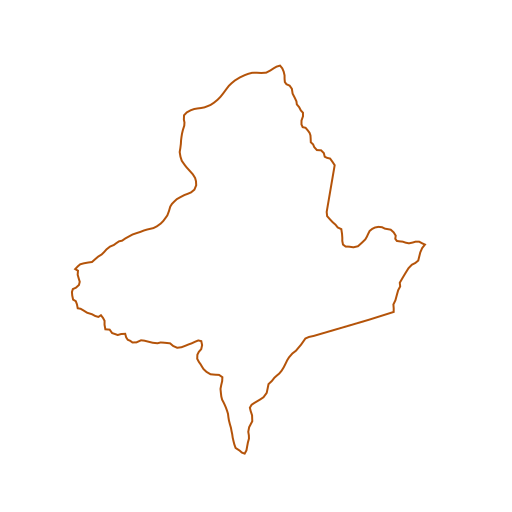 the district of Mirabela, Minas Gerais, Brazil, rotated 32°
{"feature_id": "56859067B89998695368113", "entity_name": "Mirabela", "entity_type": "district", "adm_level": 2, "iso_a3": "BRA", "parent_name": "Brazil", "parent_adm1": "Minas Gerais", "projection": "natural_earth1", "projection_center": [-44.162, -16.258], "detail": "fine", "context": "isolated", "style": "outline", "palette": "amber", "viewbox_px": 512, "rotation_deg": 32, "n_neighbors": 0, "source": "geoboundaries", "source_scale": "gbopen_adm2", "svg_char_len": 3846}
<svg xmlns="http://www.w3.org/2000/svg" viewBox="0 0 512 512"><g transform="rotate(32 256 256)"><path d="M109.6,362.9L112.8,362.8L114.7,366.4L117.8,369.2L120.2,371.3L121.2,374.4L120.1,378.3L118.2,381.1L119.0,384.1L121.1,386.9L124.0,389.9L127.1,389.8L129.8,391.9L132.5,394.8L135.2,393.7L138.4,393.6L142.9,393.6L147.8,392.3L151.4,392.1L154.6,391.2L155.9,388.4L159.1,389.6L161.9,391.2L164.0,394.6L167.1,398.0L170.9,396.0L174.8,397.6L177.8,396.9L180.6,396.3L182.9,393.7L186.3,391.3L189.0,393.8L191.6,395.0L194.2,394.6L197.0,394.8L200.3,392.7L203.2,388.4L206.1,387.0L209.5,385.9L214.4,384.3L218.7,382.2L220.9,379.9L223.3,378.6L226.1,377.2L229.4,375.6L233.4,376.2L237.8,375.6L241.2,372.8L243.7,369.5L245.7,366.7L247.7,364.2L249.9,360.8L251.8,358.2L254.7,357.2L257.5,360.1L258.9,364.0L258.3,367.6L258.6,370.8L260.6,374.3L263.7,376.1L266.4,377.2L268.9,378.5L271.4,379.7L275.4,380.5L280.1,380.4L284.1,378.4L287.7,376.4L291.7,376.6L293.6,380.0L294.8,383.6L296.3,387.5L299.0,391.0L301.0,393.5L303.4,395.8L306.0,397.3L308.2,398.7L310.8,400.5L313.6,402.7L315.9,404.7L318.0,407.3L320.1,409.7L322.9,412.4L325.8,415.0L327.9,417.3L330.3,419.8L332.5,422.4L335.0,424.9L337.4,427.2L340.4,429.6L345.3,429.7L348.2,430.2L351.1,429.6L350.9,425.9L349.3,421.9L347.9,418.3L346.8,414.6L345.0,411.9L342.6,409.2L340.9,404.8L340.4,398.1L337.1,393.2L333.5,390.2L331.2,387.9L331.1,384.5L332.4,381.6L334.0,378.5L335.6,375.4L337.2,371.8L337.6,366.4L336.3,362.8L334.5,358.0L335.7,353.5L336.1,349.5L337.0,346.4L338.0,343.4L338.5,339.8L338.5,335.8L338.1,331.5L337.7,327.8L337.7,324.4L338.5,319.4L340.1,315.1L340.5,312.1L341.2,307.4L341.6,299.8L343.8,296.6L347.3,293.2L385.4,250.4L402.4,230.5L400.5,227.4L398.2,224.3L397.7,219.7L396.0,214.1L394.7,209.7L394.4,205.4L392.1,202.5L391.9,196.7L391.8,191.1L391.8,185.5L392.8,180.8L394.8,177.5L396.0,173.9L394.7,169.9L393.4,165.9L392.7,161.2L393.2,156.8L390.2,157.2L386.8,157.4L383.7,159.3L381.8,161.5L379.0,164.2L375.8,165.4L372.8,166.1L370.2,167.4L367.5,168.6L365.0,167.6L363.7,164.7L360.2,163.0L356.3,162.3L353.5,163.4L350.8,164.5L347.6,164.8L344.4,166.4L341.8,168.8L340.2,171.4L339.1,174.5L339.4,177.8L339.8,180.9L339.9,184.0L338.8,188.5L337.3,193.7L334.0,197.0L329.9,198.8L327.0,200.5L323.7,200.2L321.2,197.5L319.6,194.9L317.2,191.6L314.1,188.0L310.2,188.5L306.8,187.3L303.0,186.7L299.6,185.8L295.2,184.5L292.6,181.2L274.6,137.3L270.9,135.6L267.2,134.1L264.3,135.1L261.7,135.4L259.0,132.8L255.2,131.9L251.5,133.9L247.7,132.8L245.3,131.1L242.2,130.5L240.3,127.7L238.3,124.9L236.2,123.2L233.2,122.0L230.1,121.0L227.3,122.0L224.8,120.3L222.8,117.0L221.8,112.6L219.9,109.6L216.9,108.8L213.7,106.9L210.3,105.8L208.3,103.4L205.2,101.4L201.0,98.9L197.8,95.2L194.2,93.7L190.8,94.2L188.3,93.2L186.4,90.7L184.5,87.7L181.8,85.0L178.8,82.9L175.5,81.8L173.1,84.5L171.6,87.3L169.9,91.0L167.5,95.1L163.5,98.0L159.3,100.3L155.6,102.7L152.9,105.6L150.6,108.6L147.7,113.1L145.1,118.3L143.7,122.5L142.8,126.1L142.4,130.3L142.0,135.6L141.5,139.9L140.6,143.9L139.1,148.3L137.4,152.0L135.6,154.5L133.5,157.3L130.9,159.7L128.3,161.8L125.7,164.1L123.4,167.0L121.2,170.9L120.4,174.8L122.5,178.5L124.6,180.7L126.1,183.5L127.2,187.8L128.4,191.4L129.8,194.7L131.1,197.5L132.9,200.8L134.7,204.7L136.2,208.3L139.3,211.8L142.6,214.6L145.2,215.7L147.6,216.7L150.1,217.6L155.0,219.0L159.1,220.2L163.0,222.1L165.5,224.4L167.8,227.7L168.6,232.4L167.2,236.5L165.1,239.5L163.0,242.2L160.6,246.3L158.7,249.8L157.8,253.2L157.1,256.4L157.1,259.5L158.4,264.1L159.3,268.6L159.1,271.6L158.8,275.5L158.0,279.0L156.2,283.4L154.2,286.7L151.9,289.0L149.6,291.3L147.4,293.8L145.2,296.8L142.5,300.0L139.9,303.2L138.2,306.2L135.9,310.3L134.3,314.0L132.1,316.1L130.7,319.2L129.6,322.0L127.2,325.4L125.7,329.6L125.1,333.2L124.3,336.5L122.5,340.1L121.3,343.9L120.1,348.0L117.2,350.4L113.8,353.5L111.3,356.2L110.4,359.1L109.6,362.9Z" fill="none" stroke="#b45309" stroke-width="2"/></g></svg>